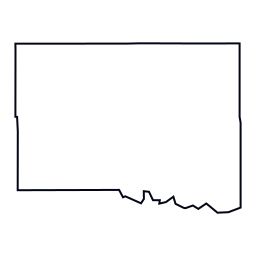 Canadian, Oklahoma, United States of America (Robinson projection)
{"feature_id": "52423323B84660675823799", "entity_name": "Canadian", "entity_type": "district", "adm_level": 2, "iso_a3": "USA", "parent_name": "United States of America", "parent_adm1": "Oklahoma", "projection": "robinson", "projection_center": [-97.892, 35.525], "detail": "fine", "context": "isolated", "style": "outline", "palette": "ink", "viewbox_px": 256, "rotation_deg": 0, "n_neighbors": 0, "source": "geoboundaries", "source_scale": "gbopen_adm2", "svg_char_len": 731}
<svg xmlns="http://www.w3.org/2000/svg" viewBox="0 0 256 256"><path d="M15.4,116.8L17.1,116.9L17.8,131.6L17.7,190.2L19.6,190.2L91.5,190.0L119.1,189.9L123.0,197.3L125.3,196.3L141.0,203.3L143.9,198.9L143.8,191.2L149.0,191.8L153.0,200.2L159.8,200.2L159.3,203.6L165.9,202.1L173.4,196.7L175.5,203.8L183.6,207.8L185.4,208.2L192.9,205.5L198.3,208.9L206.3,203.5L209.0,205.7L217.5,212.7L228.4,212.2L240.6,207.6L240.6,206.9L240.6,190.2L240.6,178.0L240.6,165.7L240.6,155.2L240.6,151.5L240.6,150.5L240.6,144.4L240.6,135.4L240.6,132.2L240.6,125.8L240.6,122.8L239.6,116.9L239.6,98.6L239.6,86.3L239.6,43.4L202.2,43.5L139.7,43.3L127.1,43.6L102.2,43.6L52.7,43.7L15.4,43.7L15.5,49.8L15.4,116.8Z" fill="none" stroke="#020617" stroke-width="2"/></svg>